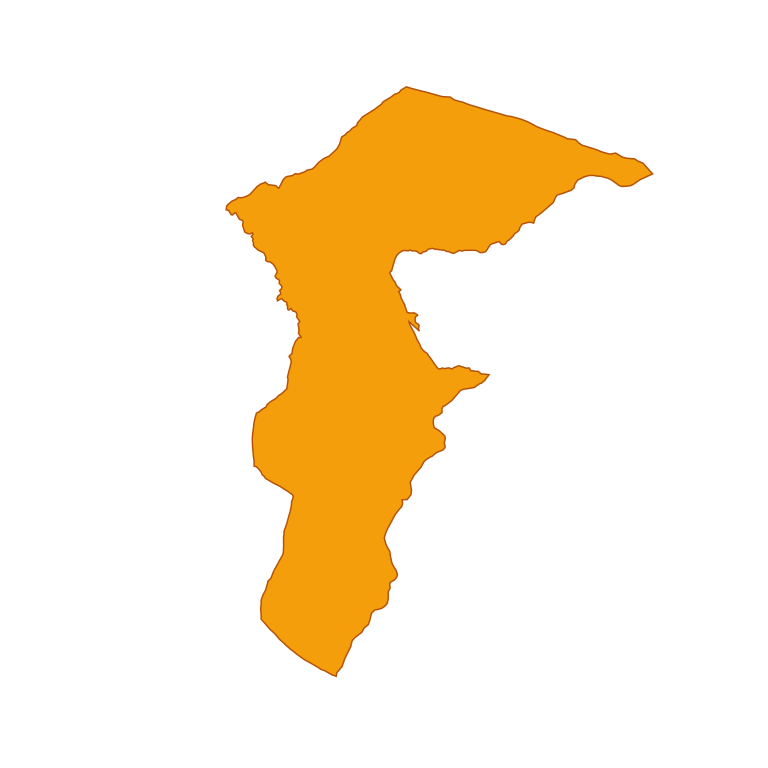 Mobayi-Mbongo, Équateur, Democratic Republic of the Congo, rotated 106°
{"feature_id": "63176286B77587123851522", "entity_name": "Mobayi-Mbongo", "entity_type": "district", "adm_level": 2, "iso_a3": "COD", "parent_name": "Democratic Republic of the Congo", "parent_adm1": "Équateur", "projection": "mercator", "projection_center": [21.025, 4.13], "detail": "fine", "context": "isolated", "style": "filled", "palette": "amber", "viewbox_px": 768, "rotation_deg": 106, "n_neighbors": 0, "source": "geoboundaries", "source_scale": "gbopen_adm2", "svg_char_len": 6106}
<svg xmlns="http://www.w3.org/2000/svg" viewBox="0 0 768 768"><g transform="rotate(106 384 384)"><path d="M92.2,444.4L96.8,448.7L99.5,449.7L100.9,451.2L102.7,453.8L105.9,456.1L106.1,456.2L112.8,462.5L116.0,463.8L122.6,468.8L132.2,477.4L132.9,478.1L140.3,481.4L143.3,481.5L147.0,485.1L149.7,486.3L152.8,488.9L155.3,490.1L158.3,492.8L165.6,492.8L171.0,494.1L172.9,495.2L179.9,499.4L183.5,503.7L188.8,507.8L194.8,510.6L197.3,512.5L199.8,517.1L202.0,518.8L205.9,524.4L206.3,527.3L209.0,529.6L211.0,533.9L212.5,535.8L215.7,537.3L224.5,538.9L224.7,539.7L223.2,542.8L223.3,543.7L224.3,550.1L222.7,554.0L223.7,554.7L225.9,557.8L229.0,560.3L238.3,564.9L240.6,566.9L243.3,570.5L244.5,573.1L244.9,575.7L247.7,577.5L248.5,578.7L250.3,580.7L255.1,583.9L256.5,584.3L260.1,583.7L260.0,581.2L263.4,577.5L263.3,576.3L260.5,574.4L260.3,573.5L265.4,568.5L265.8,565.2L266.7,564.2L270.6,563.6L276.3,559.7L277.0,556.7L276.7,554.3L275.0,552.1L276.3,551.2L278.8,552.3L279.9,550.7L280.4,549.8L282.2,549.9L284.4,548.2L286.3,548.0L287.6,546.8L290.0,541.8L290.9,536.3L291.6,535.0L294.3,532.7L297.8,531.7L298.5,529.7L298.0,527.1L299.5,523.3L300.9,521.6L304.5,518.1L305.9,517.6L310.5,518.4L311.8,517.0L312.8,513.9L313.8,512.8L316.0,512.6L318.3,509.0L320.8,508.9L322.9,510.1L324.8,508.5L326.4,508.3L328.7,510.1L330.0,510.3L331.9,510.3L332.5,509.4L333.3,509.3L330.4,506.4L330.3,505.4L331.8,503.2L332.3,500.0L334.5,499.3L335.6,498.1L338.1,497.6L339.2,496.4L338.8,495.4L337.0,494.3L338.6,492.4L339.0,490.9L338.8,489.6L339.5,488.0L341.0,486.8L343.5,486.5L347.2,482.2L349.9,483.2L354.7,480.9L357.5,480.3L358.9,480.2L361.4,476.9L362.3,476.6L362.7,478.8L367.3,480.8L374.8,481.6L380.0,480.9L383.6,482.9L385.7,480.7L388.1,479.2L404.1,478.7L405.6,477.6L409.7,476.9L415.4,476.1L421.7,479.9L424.0,482.0L427.8,484.0L432.4,488.4L436.4,490.8L438.5,491.0L442.4,494.6L445.4,496.6L447.1,498.6L451.8,498.6L457.7,498.2L462.8,497.3L468.4,496.5L473.0,495.5L479.9,493.3L484.7,491.4L489.5,489.6L493.9,487.6L498.8,486.2L498.7,484.1L499.4,482.3L502.3,478.1L504.9,475.9L506.3,472.8L507.4,472.1L509.8,462.6L511.1,455.6L512.7,450.5L513.5,447.4L514.8,444.0L515.7,441.3L517.8,440.1L519.8,440.1L522.1,440.4L526.8,439.5L533.0,439.0L536.1,439.1L545.2,439.0L549.4,439.2L553.1,439.5L556.1,438.7L558.6,438.4L562.9,437.2L567.4,435.8L571.5,434.9L573.9,434.3L576.7,434.4L582.4,435.8L587.0,436.8L591.6,437.9L596.1,438.7L599.6,438.9L602.2,439.3L605.7,441.3L607.4,441.0L610.3,441.0L614.7,441.0L620.3,442.2L622.3,442.3L625.9,442.5L629.5,441.4L634.0,440.6L636.7,439.6L639.1,438.7L643.9,437.3L646.7,432.8L648.7,429.8L651.4,425.7L653.3,421.7L654.8,419.1L658.2,414.1L660.5,409.2L662.3,406.0L663.4,403.5L664.3,401.8L664.9,400.1L666.5,396.3L667.7,393.5L668.5,391.3L669.4,388.9L671.1,383.9L672.4,377.9L674.6,369.4L675.7,365.9L675.9,362.2L677.9,353.9L678.1,349.3L675.9,349.7L674.4,349.7L667.1,346.4L658.7,346.0L645.2,343.5L644.1,343.8L639.4,343.8L635.7,342.0L628.8,336.9L624.0,335.8L619.6,332.8L615.6,332.5L607.6,332.8L603.5,330.3L602.8,328.4L600.3,324.4L597.3,321.9L594.0,320.4L588.9,320.8L582.7,322.6L578.3,321.9L575.0,323.3L572.8,323.3L569.6,320.0L566.6,318.6L563.3,318.6L560.1,320.8L555.7,325.5L553.5,327.3L547.3,330.6L543.6,332.1L538.9,336.9L536.3,338.7L531.9,341.3L527.2,341.3L523.2,340.9L506.3,337.2L501.6,335.4L496.8,333.2L493.6,333.2L490.3,334.7L488.7,329.9L483.2,327.6L478.8,328.2L471.3,331.7L463.2,329.9L453.7,325.5L447.5,324.1L445.0,322.6L441.7,319.7L440.2,317.8L439.8,317.5L437.3,316.0L435.1,314.2L431.1,309.0L428.5,307.9L427.4,307.9L424.1,309.8L419.4,310.1L417.2,311.2L413.9,317.5L412.1,323.7L408.8,325.5L405.5,326.6L402.6,326.6L400.7,325.5L399.3,323.3L395.6,320.4L393.8,320.8L392.0,321.5L389.4,321.1L388.3,319.7L385.0,317.1L381.0,314.2L376.3,312.0L369.0,308.7L367.1,306.1L364.6,300.6L362.4,296.2L357.3,292.2L356.5,290.7L352.9,288.1L351.8,287.8L346.1,285.6L346.9,290.6L347.5,293.2L346.0,296.8L347.2,304.1L345.1,306.7L346.1,309.1L345.8,316.3L346.3,317.9L349.1,321.5L350.7,322.6L350.7,326.4L352.5,330.0L352.6,332.6L354.2,334.2L354.1,336.4L353.1,338.1L352.0,339.3L350.5,341.5L349.0,343.2L347.5,345.0L346.1,346.7L344.9,348.5L342.8,350.9L341.7,353.9L340.9,355.7L339.6,357.4L338.7,358.6L337.4,359.5L335.8,360.8L333.8,362.9L331.8,364.8L329.8,366.3L328.0,367.7L326.2,369.3L320.6,374.9L318.7,376.4L317.2,377.0L323.4,364.5L321.6,366.1L318.4,366.3L317.2,367.2L316.4,370.2L315.1,371.3L311.7,372.3L310.4,372.1L309.0,370.6L308.2,371.1L307.3,374.3L308.6,378.5L308.8,381.4L307.2,382.6L305.1,384.0L303.7,385.3L302.5,385.6L299.9,388.2L298.1,389.8L296.7,391.2L295.0,392.1L293.5,393.0L292.4,394.2L291.1,395.3L288.9,393.7L286.0,399.1L283.0,401.5L281.4,403.8L276.0,408.9L274.6,408.9L273.3,408.0L272.1,407.9L268.8,407.9L262.6,407.9L259.9,407.8L256.5,407.0L254.2,405.8L253.4,405.2L251.9,403.9L250.8,402.8L250.0,401.4L249.4,397.5L248.0,395.8L248.3,394.0L247.3,389.5L248.7,385.9L248.5,384.2L246.3,382.8L244.7,380.0L242.4,378.9L240.2,374.7L240.4,372.8L238.8,362.6L239.3,360.1L238.9,358.5L239.4,354.7L238.9,352.6L234.7,348.2L234.8,345.9L233.4,343.6L230.5,333.7L230.2,331.9L231.1,328.0L230.6,325.7L229.1,323.2L228.1,322.5L221.0,320.3L219.6,319.0L215.3,312.6L217.3,309.6L217.1,307.7L215.9,305.9L213.0,305.2L211.1,303.5L206.9,301.0L203.3,299.7L201.0,297.8L199.1,296.6L196.1,296.5L192.3,295.4L188.7,289.7L188.1,286.9L188.1,284.5L184.1,284.5L181.5,284.1L175.6,279.6L162.9,271.3L157.0,270.5L154.8,269.8L153.0,267.2L151.2,264.3L146.1,257.4L143.1,255.5L139.1,255.5L134.7,254.1L130.3,249.3L128.9,247.5L127.0,244.2L125.6,239.4L125.6,237.6L124.5,232.1L124.5,225.1L125.2,221.4L128.5,212.3L128.5,209.7L127.4,206.4L125.6,202.0L123.4,199.4L117.2,194.3L108.0,183.7L100.3,196.0L99.6,202.1L98.5,205.0L100.1,213.1L100.2,217.2L99.1,221.4L98.2,225.0L100.8,230.3L100.9,238.0L100.2,244.7L99.9,256.6L99.8,259.7L98.1,264.4L97.0,265.6L96.4,267.8L97.8,275.8L97.2,277.5L95.7,290.9L95.4,298.2L94.9,304.4L94.4,308.6L93.4,312.9L92.4,317.8L91.9,322.6L91.7,325.2L91.7,329.7L91.8,335.4L92.4,340.0L92.3,357.3L92.4,359.5L92.1,372.6L92.1,376.7L91.9,381.3L91.4,385.8L91.6,393.9L90.8,397.2L89.9,399.2L91.7,407.2L91.8,413.9L91.8,420.5L91.8,423.7L92.1,429.7L92.3,438.4L92.2,444.4Z" fill="#f59e0b" stroke="#b45309" stroke-width="1.5"/></g></svg>